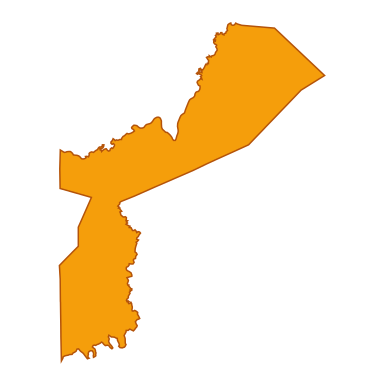 Santa Helena, Maranhão, Brazil (Albers equal-area conic projection)
{"feature_id": "56859067B36614364399438", "entity_name": "Santa Helena", "entity_type": "district", "adm_level": 2, "iso_a3": "BRA", "parent_name": "Brazil", "parent_adm1": "Maranhão", "projection": "albers", "projection_center": [-45.434, -2.467], "detail": "fine", "context": "isolated", "style": "filled", "palette": "amber", "viewbox_px": 384, "rotation_deg": 0, "n_neighbors": 0, "source": "geoboundaries", "source_scale": "gbopen_adm2", "svg_char_len": 5921}
<svg xmlns="http://www.w3.org/2000/svg" viewBox="0 0 384 384"><path d="M61.4,361.0L62.4,359.2L62.9,358.2L63.1,357.0L64.5,356.0L66.3,355.5L68.1,355.2L69.4,354.6L70.6,354.5L72.1,354.4L73.2,352.9L74.7,352.2L76.1,351.2L77.0,349.1L78.6,348.9L80.4,351.1L81.4,351.9L82.7,352.8L83.8,354.0L84.7,355.3L86.4,357.5L87.4,358.8L89.1,358.2L88.2,357.4L87.9,355.9L88.4,354.6L88.2,353.4L88.9,351.6L90.6,350.7L92.4,350.9L93.4,352.7L93.6,354.2L93.3,355.5L93.5,357.3L94.7,356.7L95.8,355.8L95.7,354.4L96.0,352.9L95.5,351.7L95.4,350.3L94.8,348.9L93.3,347.8L92.4,347.0L93.1,345.5L94.3,345.1L95.7,345.4L96.9,344.6L98.2,344.2L100.2,343.2L101.5,342.1L102.6,342.7L103.6,344.1L105.3,345.6L107.4,345.2L108.8,345.6L110.2,347.6L111.9,348.8L112.8,347.9L111.8,346.2L110.9,345.1L109.9,344.0L109.0,342.5L108.6,341.0L109.1,339.6L109.1,338.4L108.3,336.9L108.9,335.2L111.4,337.0L112.7,337.0L114.5,337.2L116.1,338.1L117.3,338.4L117.4,340.0L118.1,341.7L119.0,343.4L119.4,345.1L118.7,346.2L120.0,347.6L122.2,347.9L124.5,347.1L125.4,345.9L126.0,344.5L125.3,343.4L125.2,341.2L125.2,339.7L125.1,338.4L124.8,337.4L124.1,335.5L126.0,332.0L126.2,330.4L128.1,330.4L129.8,329.1L133.4,330.9L134.8,329.4L135.4,328.4L136.8,326.8L137.2,325.6L136.2,324.0L135.4,321.7L137.2,319.5L138.5,319.2L139.7,318.5L138.6,316.1L137.5,314.3L137.7,312.4L136.2,311.2L134.7,310.4L133.5,311.0L132.3,311.0L131.9,309.7L132.2,308.3L132.3,307.0L131.8,305.1L131.6,303.5L130.9,302.3L129.9,303.5L128.6,303.6L128.2,302.5L129.1,301.7L128.0,300.8L127.0,301.6L126.4,300.4L126.9,299.1L127.8,298.5L128.4,297.4L128.3,296.2L129.2,294.7L130.0,293.4L129.4,292.2L130.5,291.3L130.1,290.2L131.7,290.3L131.9,288.9L130.6,288.4L129.7,287.1L128.8,286.2L128.9,285.0L127.7,285.0L127.4,283.4L128.1,281.6L128.4,280.4L127.8,279.2L126.9,277.7L128.4,277.2L129.7,276.8L131.8,276.3L131.9,275.1L131.0,272.8L129.1,271.5L127.6,270.8L126.7,270.1L126.2,268.9L126.4,267.3L128.0,266.5L129.0,265.3L129.2,263.7L131.1,264.0L133.0,264.0L134.1,262.4L133.7,261.3L133.3,260.0L134.2,258.8L135.5,258.5L135.7,256.4L137.1,254.4L136.4,253.0L135.0,251.9L135.1,249.7L135.4,247.8L135.9,246.0L136.3,244.8L136.8,243.3L136.1,242.2L137.4,241.4L138.5,240.0L136.6,239.2L136.9,237.7L138.3,236.5L139.0,235.0L140.5,233.1L139.6,232.0L138.0,231.6L136.8,232.6L136.0,230.9L135.0,229.8L134.1,230.5L132.5,230.5L131.7,228.9L131.1,227.7L129.3,227.5L130.0,226.2L128.9,225.9L127.5,225.1L126.0,224.2L127.5,223.0L126.3,221.9L127.6,220.8L126.0,220.3L126.3,219.1L126.4,217.5L125.2,216.7L123.9,217.1L122.8,216.7L121.8,215.8L120.7,214.7L120.5,213.2L119.9,212.0L121.7,211.3L121.0,210.4L120.1,209.4L119.8,207.9L118.5,208.1L118.9,206.8L117.8,206.1L118.8,205.0L119.8,203.8L119.6,202.7L120.7,201.7L122.0,201.1L134.4,196.1L141.4,193.0L154.7,187.1L193.6,170.2L206.0,164.2L216.2,159.5L232.6,152.1L248.6,144.8L255.0,138.1L263.3,129.5L266.0,126.6L272.1,120.3L291.6,100.0L301.1,90.1L324.6,75.5L313.7,65.2L291.8,44.5L274.5,28.1L241.7,25.3L237.4,24.0L235.7,23.1L234.8,24.5L233.7,25.2L232.5,25.3L231.2,24.6L230.8,23.0L229.5,23.5L228.0,24.6L227.6,25.8L227.3,27.2L226.9,28.6L227.5,30.5L226.2,31.6L225.7,33.2L224.1,33.6L224.0,34.9L222.3,34.3L221.9,32.6L220.7,32.6L219.9,34.0L218.3,34.7L218.0,33.0L216.4,33.2L216.7,34.5L215.4,35.4L216.2,36.9L214.8,38.2L213.7,39.6L215.5,39.9L215.3,41.2L213.8,40.9L213.7,42.6L214.7,44.0L215.8,44.4L216.7,45.2L215.8,46.8L216.9,48.5L217.2,50.1L216.6,51.0L215.5,52.5L215.2,53.7L214.7,54.7L213.5,55.5L211.9,55.8L211.2,57.0L209.2,55.6L209.2,56.9L207.7,56.8L206.5,57.4L207.7,59.3L208.6,60.5L208.4,62.2L208.4,63.6L207.3,63.3L206.9,64.7L205.9,64.2L205.2,65.4L204.7,66.7L204.0,68.0L202.8,69.8L201.2,69.6L201.8,70.8L201.9,72.6L200.5,72.0L198.8,71.7L197.5,72.4L196.5,73.6L197.7,74.3L198.9,72.9L199.5,74.1L200.8,74.4L201.7,75.7L200.5,76.5L201.4,77.6L201.9,79.2L200.6,78.5L199.9,79.5L198.7,80.4L197.5,81.2L197.1,82.5L197.8,84.0L198.5,85.3L200.0,86.0L200.1,87.8L199.7,89.6L198.5,91.4L197.2,91.6L195.8,92.4L195.0,94.0L194.7,95.8L194.0,96.9L192.8,97.9L191.1,98.7L189.7,99.8L189.1,100.9L188.4,102.4L186.4,107.4L185.4,110.0L184.9,111.7L184.4,113.0L183.3,113.7L182.0,114.6L180.9,115.6L180.0,117.4L178.1,122.1L177.7,123.5L177.6,125.0L177.5,126.4L177.8,128.1L178.1,129.8L178.2,131.3L177.9,133.0L177.5,134.2L176.8,136.0L176.3,137.9L175.9,139.3L175.3,140.4L173.6,140.4L172.5,139.0L172.0,137.6L171.2,136.4L170.0,134.9L168.4,133.4L167.1,132.4L165.7,132.3L162.4,129.2L161.6,127.3L161.4,123.8L161.4,120.9L160.3,118.2L158.8,117.2L157.1,117.2L155.8,117.8L154.6,118.5L153.7,119.5L153.0,120.7L152.1,121.9L150.9,123.1L149.9,123.6L148.4,124.0L146.3,124.6L144.7,126.3L144.0,127.4L142.3,128.1L140.2,128.1L138.6,127.2L136.8,125.6L135.1,125.3L133.9,125.2L132.8,126.1L131.6,127.4L131.9,128.6L133.5,129.5L134.4,131.0L132.8,132.2L131.2,133.1L129.5,133.7L128.3,133.9L127.0,133.4L125.8,134.4L124.5,135.7L123.1,136.4L121.7,138.3L121.5,139.5L119.8,139.5L118.0,140.3L116.4,139.9L115.1,140.6L114.2,139.5L113.1,138.7L112.5,140.1L111.9,141.0L111.0,141.9L110.9,143.2L112.1,144.3L113.5,143.6L114.5,144.9L114.3,146.1L112.7,148.4L111.6,147.9L110.3,149.0L109.9,150.6L108.6,151.1L107.4,150.3L106.3,148.8L105.2,148.9L103.9,149.6L102.6,150.5L101.6,151.5L101.4,150.3L100.3,150.1L99.9,148.7L101.7,148.6L103.0,147.7L103.7,146.2L103.9,144.8L102.4,144.8L102.1,146.3L100.8,147.0L99.4,147.0L98.4,148.0L97.5,149.6L96.0,150.4L94.5,151.5L93.5,152.4L91.7,151.9L90.2,152.4L89.1,153.4L89.2,155.0L88.5,156.8L86.9,156.3L85.5,156.5L86.1,157.7L84.8,158.6L83.1,159.0L81.5,158.7L80.5,157.5L79.5,156.4L78.2,155.7L76.9,155.3L75.2,155.2L73.4,154.9L72.5,153.3L70.6,151.6L69.1,151.5L66.9,151.7L65.8,152.2L64.4,152.4L63.4,151.9L62.0,151.0L60.3,150.0L59.8,169.0L60.1,188.5L89.6,196.9L91.4,197.4L90.8,198.9L90.2,200.3L80.8,221.6L78.3,227.2L78.3,228.5L78.3,232.7L78.3,236.4L78.3,246.3L72.8,251.8L69.7,255.0L67.4,257.3L59.4,265.5L60.2,279.1L60.4,301.3L60.5,302.5L60.6,310.9L60.8,323.7L60.9,334.4L60.9,336.2L61.4,361.0ZM201.2,69.6L200.5,68.3L199.0,68.8L198.8,70.2L200.2,70.2L201.2,69.6Z" fill="#f59e0b" stroke="#b45309" stroke-width="1.5"/></svg>